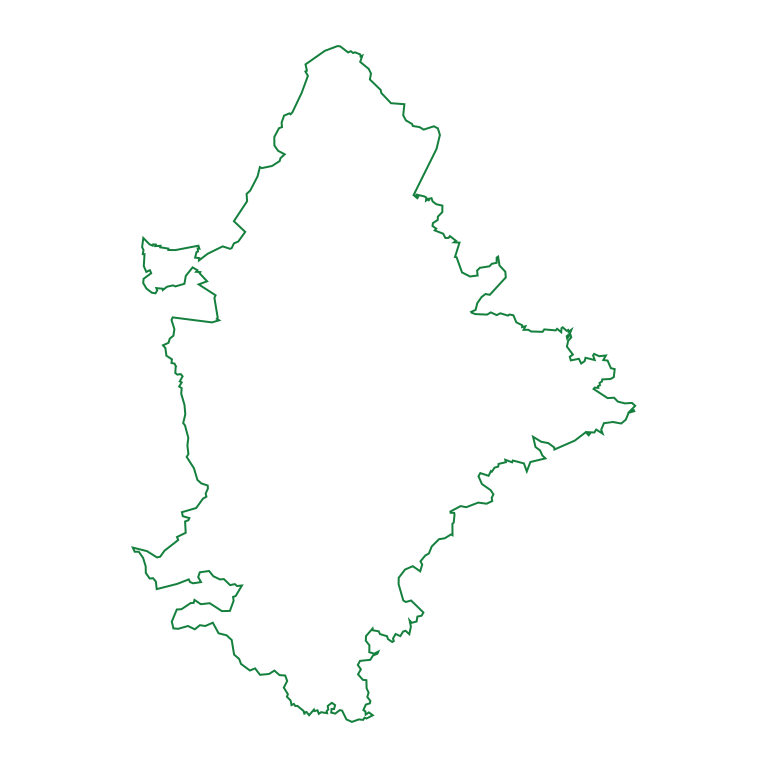 Izúcar de Matamoros, Puebla, Mexico (Mercator projection)
{"feature_id": "50627088B35864847350970", "entity_name": "Izúcar de Matamoros", "entity_type": "district", "adm_level": 2, "iso_a3": "MEX", "parent_name": "Mexico", "parent_adm1": "Puebla", "projection": "mercator", "projection_center": [-98.44, 18.506], "detail": "fine", "context": "isolated", "style": "outline", "palette": "green", "viewbox_px": 768, "rotation_deg": 0, "n_neighbors": 0, "source": "geoboundaries", "source_scale": "gbopen_adm2", "svg_char_len": 6106}
<svg xmlns="http://www.w3.org/2000/svg" viewBox="0 0 768 768"><path d="M498.1,256.6L496.7,257.6L496.6,262.8L491.8,263.8L489.5,266.3L479.9,267.8L477.1,270.6L477.6,275.5L470.0,276.5L462.0,272.4L456.6,257.3L455.0,257.0L459.5,242.6L454.0,242.3L456.0,240.8L449.9,236.1L448.6,237.9L445.4,238.0L443.2,233.7L434.7,230.4L436.2,228.6L432.5,226.0L432.9,223.1L437.7,220.0L437.9,216.6L442.3,212.1L442.4,205.6L436.2,204.2L432.6,201.4L431.5,198.2L428.4,198.9L429.3,200.8L427.6,199.4L426.0,200.6L426.3,197.5L424.3,196.4L416.5,194.6L415.8,196.6L418.0,197.1L417.3,198.2L413.6,195.1L436.5,149.0L439.9,135.0L437.9,128.4L433.9,126.3L423.6,129.6L419.6,127.1L412.8,126.0L412.1,124.0L405.9,120.4L403.2,115.3L404.4,104.2L391.0,103.2L381.3,93.0L380.7,90.0L369.9,79.5L371.0,73.5L368.7,68.9L360.2,61.9L362.3,55.7L360.6,56.5L360.2,54.4L355.0,52.3L353.1,53.0L350.8,51.2L348.1,52.4L340.1,46.3L337.4,46.1L324.9,50.8L305.5,64.4L306.9,70.7L305.4,71.5L307.9,75.9L301.6,93.0L292.4,112.3L290.6,114.3L289.4,113.4L284.1,115.6L281.6,122.6L282.0,127.1L279.0,128.2L274.3,137.0L274.4,145.5L278.1,150.8L284.7,154.3L280.5,158.1L279.7,161.0L272.0,166.0L261.8,168.1L259.9,167.1L257.6,176.3L250.2,190.6L246.6,193.9L247.1,201.2L233.9,221.2L245.2,231.9L238.3,241.5L233.9,243.4L231.7,248.1L230.1,248.8L222.6,246.4L207.6,253.8L199.0,260.4L199.2,258.1L195.1,257.6L196.5,252.1L198.0,251.5L197.7,248.5L199.4,248.7L198.4,245.7L175.3,250.1L168.3,250.0L168.4,248.6L160.2,247.3L160.5,245.8L155.3,246.1L155.8,244.6L153.1,244.4L152.7,245.7L149.4,244.2L143.3,238.0L142.1,247.1L143.5,250.1L142.8,254.1L144.5,254.1L143.8,266.1L146.3,271.9L149.9,270.2L151.2,273.2L143.6,278.8L143.2,283.0L146.4,288.5L152.0,292.8L155.5,293.3L157.2,290.4L156.3,288.1L162.6,288.7L162.8,290.0L167.1,286.7L173.0,285.4L175.4,286.4L184.4,283.8L185.8,275.9L192.6,267.4L197.4,270.2L196.1,271.8L200.3,272.1L199.7,273.4L207.1,281.3L198.7,284.4L215.6,295.3L214.4,297.8L217.7,317.7L216.8,318.8L219.1,320.3L212.0,322.4L172.7,317.4L171.5,319.9L174.4,329.2L173.4,335.7L169.8,338.6L168.5,342.8L163.0,345.3L165.4,348.1L166.4,355.7L171.9,359.3L171.5,363.0L174.5,363.6L176.4,367.2L175.7,366.5L175.3,373.0L177.3,374.6L180.7,374.1L182.6,376.3L179.8,381.4L181.7,382.4L179.2,386.5L181.7,388.2L181.2,393.6L184.5,405.0L185.3,414.3L183.2,423.1L185.0,425.4L188.3,437.8L187.4,445.5L188.4,454.1L186.7,456.9L194.0,468.4L197.4,479.9L201.3,483.4L207.7,485.5L207.9,488.5L205.7,493.5L206.4,496.7L203.0,498.6L196.2,508.0L181.9,512.2L182.8,516.2L189.4,518.1L188.4,520.2L185.1,521.5L185.7,532.8L177.0,537.0L178.2,540.0L164.5,550.7L160.2,556.7L157.0,557.4L146.9,551.1L132.8,547.6L134.7,551.7L138.8,551.8L143.1,557.9L145.7,566.4L145.8,573.0L149.7,578.5L153.1,578.2L155.9,581.7L156.7,589.1L177.2,583.9L188.8,579.4L190.1,582.1L193.1,583.3L201.0,582.1L198.2,577.1L199.8,572.3L209.1,571.0L213.4,576.3L219.9,579.4L223.9,579.1L230.1,585.1L234.8,584.1L237.0,586.0L241.9,585.5L235.7,596.0L233.1,596.9L233.6,600.8L229.9,610.9L221.9,611.1L209.7,603.2L200.8,604.2L194.5,599.9L193.6,602.9L190.6,603.1L181.5,609.2L176.8,609.5L171.8,621.6L173.4,628.4L178.2,628.8L188.0,626.0L194.8,629.3L199.9,625.2L205.3,626.0L212.8,622.7L218.6,633.3L226.6,635.3L231.7,640.0L234.1,654.6L239.2,659.0L241.0,663.9L248.8,669.7L249.9,670.5L255.1,668.4L260.0,674.8L269.0,674.0L274.4,670.6L279.5,675.1L285.2,675.5L287.2,681.0L283.8,687.6L287.9,694.2L286.9,696.7L290.6,700.5L291.5,705.1L293.8,703.9L295.3,706.0L297.4,705.9L303.6,711.0L304.5,714.5L304.8,712.4L306.5,712.0L309.1,715.2L313.9,709.6L314.4,711.1L317.5,710.3L318.8,713.8L321.1,712.2L327.1,713.2L326.6,711.1L328.3,709.5L327.7,706.0L331.8,702.8L335.1,705.1L334.1,709.0L331.6,708.9L331.2,712.6L335.2,713.6L339.8,710.1L342.1,710.6L346.4,719.4L351.9,721.9L358.9,719.4L363.1,719.9L364.6,717.7L366.5,718.5L372.8,715.3L368.9,712.4L365.7,714.6L365.4,711.4L363.4,710.1L365.8,704.6L369.9,703.3L370.4,701.0L367.3,697.0L368.6,692.6L366.6,688.3L366.4,680.2L362.8,679.8L358.0,674.3L360.9,669.3L357.8,665.0L360.0,660.9L370.3,659.8L373.0,655.5L377.4,653.7L378.3,651.6L374.2,653.7L369.3,652.2L369.4,645.3L365.8,640.7L366.0,636.1L372.6,628.5L372.9,630.3L378.7,631.3L380.0,634.1L387.0,636.2L388.0,639.1L392.2,642.0L393.8,641.0L393.0,638.6L395.6,634.0L400.3,636.1L403.2,631.5L405.6,630.8L409.3,634.2L410.9,626.6L409.6,620.4L411.7,622.8L416.6,621.5L417.4,616.6L421.6,615.7L423.4,612.5L411.1,600.5L405.8,602.0L403.3,600.5L398.6,584.2L398.7,577.8L405.1,569.5L412.8,566.2L420.2,571.3L422.2,564.6L420.5,561.3L425.3,555.5L428.9,553.5L431.7,546.5L439.0,539.2L444.7,538.3L451.1,534.4L452.5,535.2L452.4,523.9L453.7,522.5L454.5,514.8L454.2,512.9L450.6,512.8L450.4,511.5L460.6,506.1L466.3,507.2L478.2,502.6L486.6,503.7L492.2,501.1L491.7,497.8L493.4,494.4L490.7,490.2L481.9,484.0L478.5,476.3L480.3,473.1L488.6,475.8L490.9,471.1L491.8,471.7L494.6,467.6L498.2,466.6L498.6,463.9L505.9,462.2L505.3,459.8L512.1,462.3L512.8,460.5L523.9,463.4L526.8,471.4L530.4,462.0L545.4,458.4L542.3,455.4L540.1,450.5L535.5,447.0L533.1,436.8L541.3,441.8L548.3,443.1L554.2,447.4L554.4,449.5L574.8,440.6L585.8,432.2L588.7,435.3L590.1,433.4L588.4,432.2L594.3,432.5L596.2,429.6L602.6,433.6L601.2,429.8L603.9,423.2L612.8,422.0L621.2,423.5L625.8,419.7L628.6,412.8L634.2,411.2L633.7,410.1L630.2,410.9L635.2,405.8L631.9,402.9L625.0,403.4L617.8,401.6L614.1,397.7L607.6,398.1L593.6,389.0L594.7,387.6L598.3,387.9L598.0,386.2L599.9,385.3L599.6,382.9L601.9,381.5L602.3,379.4L610.5,379.0L613.8,377.1L614.7,369.1L610.9,368.2L607.6,360.6L603.3,360.0L605.9,355.5L599.1,356.2L594.1,353.9L593.1,355.4L594.7,360.0L585.5,357.8L584.6,361.2L581.2,363.5L578.9,358.8L570.8,360.4L569.8,356.7L572.9,354.6L566.9,346.6L568.2,340.8L571.3,337.3L570.3,334.3L567.2,338.5L566.7,336.2L569.7,333.8L571.4,329.7L568.5,331.8L568.1,330.0L566.6,330.8L562.7,327.3L561.5,328.2L561.2,332.2L557.1,328.8L555.7,330.4L544.3,329.4L542.6,331.8L531.2,331.5L528.4,329.8L523.6,329.8L525.4,326.3L522.1,327.1L522.2,325.3L516.3,322.3L513.4,315.3L509.4,314.5L508.0,315.6L500.4,313.3L496.7,315.1L490.8,312.4L487.1,314.6L475.3,314.1L471.6,312.7L471.1,311.9L475.6,309.9L477.3,303.1L481.6,297.0L485.5,294.0L489.8,294.8L505.8,277.4L505.3,271.7L499.5,265.5L498.1,256.6Z" fill="none" stroke="#15803d" stroke-width="2"/></svg>